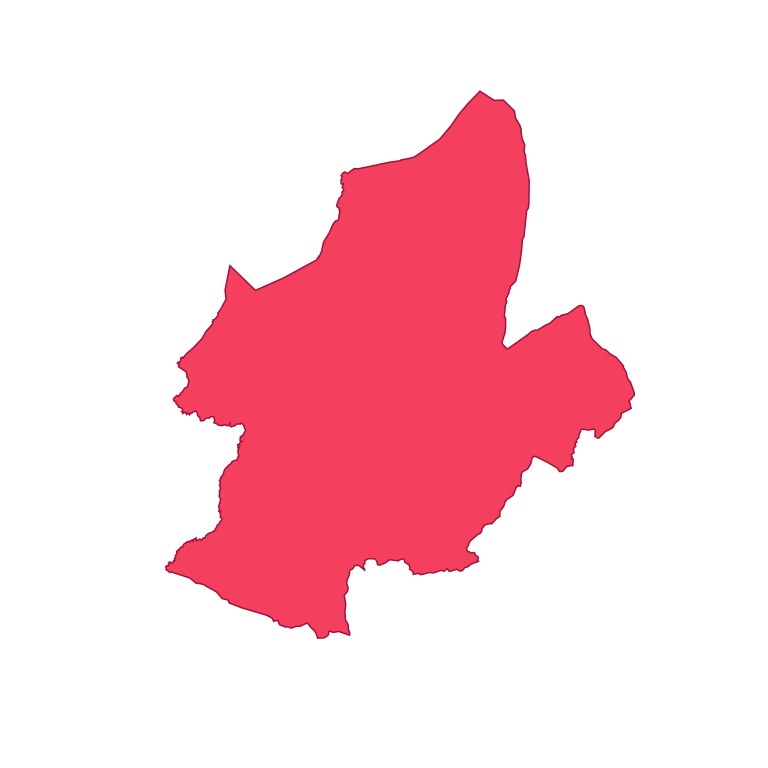 Poso, Sulawesi Tengah, Indonesia, rotated 225°
{"feature_id": "22746128B71918225941207", "entity_name": "Poso", "entity_type": "district", "adm_level": 2, "iso_a3": "IDN", "parent_name": "Indonesia", "parent_adm1": "Sulawesi Tengah", "projection": "robinson", "projection_center": [120.54, -1.674], "detail": "fine", "context": "isolated", "style": "filled", "palette": "rose", "viewbox_px": 768, "rotation_deg": 225, "n_neighbors": 0, "source": "geoboundaries", "source_scale": "gbopen_adm2", "svg_char_len": 6156}
<svg xmlns="http://www.w3.org/2000/svg" viewBox="0 0 768 768"><g transform="rotate(225 384 384)"><path d="M523.2,658.9L522.9,641.2L521.7,627.4L518.5,610.2L518.9,610.7L517.7,596.4L522.6,567.9L523.9,564.2L530.5,554.2L530.2,553.6L537.0,544.6L554.5,517.8L557.4,515.3L558.3,510.0L558.0,508.3L559.6,506.8L561.7,506.2L562.2,504.0L561.6,500.9L559.9,500.8L558.4,497.4L556.8,496.5L556.1,495.4L555.0,495.6L554.4,496.8L552.4,493.3L551.4,493.5L549.5,492.6L549.4,489.8L547.9,488.9L547.0,487.0L546.9,483.1L543.8,476.9L542.4,476.1L539.7,476.8L539.4,475.9L536.2,473.8L535.4,471.8L532.8,468.9L532.3,467.6L533.5,465.0L533.0,460.7L529.5,452.0L527.2,441.8L522.0,433.7L519.7,427.9L520.3,428.1L519.5,423.6L530.1,387.8L541.1,359.3L576.6,358.7L562.8,338.0L555.7,332.4L552.4,321.5L551.6,316.6L549.9,315.4L549.3,310.2L550.2,308.2L549.4,307.8L549.3,306.4L548.2,306.4L547.6,305.1L547.0,295.2L544.8,287.8L544.4,273.7L545.1,266.6L544.5,260.2L545.6,260.4L546.1,258.4L544.0,256.5L544.0,254.9L544.5,254.6L544.0,253.4L545.0,253.5L544.8,252.5L542.4,252.8L541.5,250.9L533.1,252.6L530.7,251.9L528.2,249.5L526.1,249.4L523.4,247.3L520.9,242.7L521.9,240.8L521.8,239.0L521.1,236.3L521.3,233.2L520.6,231.9L521.1,230.6L520.6,230.2L521.2,230.2L521.4,229.4L522.4,229.3L522.4,224.7L520.9,223.5L518.7,224.1L516.7,223.0L515.1,223.4L513.0,222.3L511.0,223.6L508.7,223.7L507.6,223.2L507.6,221.3L506.6,221.7L505.4,220.9L504.6,223.5L502.0,222.9L502.4,224.6L499.7,224.6L500.0,226.5L499.2,227.8L499.3,229.5L497.6,231.8L496.2,231.7L493.3,229.8L490.4,230.0L487.8,228.2L486.1,229.9L485.5,231.4L485.9,233.2L484.7,235.3L483.5,236.1L483.5,238.1L481.4,240.5L477.8,238.4L476.9,236.3L474.5,237.5L472.3,237.7L469.2,239.8L467.9,242.5L464.9,243.9L465.2,247.5L463.0,245.3L461.7,245.8L460.0,249.0L459.6,251.9L457.3,254.0L457.4,255.3L456.9,255.6L453.4,255.5L451.7,254.2L448.8,253.3L448.7,251.2L447.6,248.4L448.0,245.3L447.4,245.1L447.8,244.4L445.3,241.8L444.9,241.8L444.4,242.7L444.1,242.8L444.5,242.2L443.9,240.4L444.5,237.5L442.8,236.6L442.7,237.4L442.6,237.6L442.4,236.1L441.4,236.4L441.8,235.5L441.0,235.4L440.3,233.6L435.8,230.3L436.0,229.9L434.6,227.4L434.2,226.0L435.3,224.8L436.6,221.6L435.9,220.2L436.4,216.8L436.2,210.8L433.7,206.0L433.4,202.8L432.9,202.7L433.3,202.2L432.1,201.2L432.2,199.4L430.4,198.9L429.5,197.3L428.3,196.6L428.3,195.5L425.9,195.3L425.2,192.7L420.7,187.7L418.1,187.2L414.1,180.2L412.9,180.1L411.0,177.7L410.0,178.3L410.3,177.4L409.4,177.7L409.6,177.3L407.8,176.6L405.7,174.1L403.5,174.2L402.5,173.2L402.6,170.3L401.6,168.5L402.1,166.1L401.1,164.6L400.9,162.2L399.7,161.5L400.0,159.9L400.7,159.4L399.5,160.1L400.7,159.4L400.4,158.1L402.3,154.7L402.8,151.0L401.8,148.9L402.9,147.4L402.5,144.4L404.5,144.2L405.2,142.1L406.4,141.1L408.1,142.2L408.1,141.0L407.7,141.3L407.2,141.2L406.8,140.7L408.2,141.0L408.9,138.7L408.0,137.8L409.4,138.0L410.2,135.4L409.7,135.2L411.5,133.8L412.3,128.9L411.3,126.7L412.3,125.1L411.9,123.9L412.3,122.7L411.4,121.4L412.2,120.9L412.2,119.0L410.3,117.2L410.2,115.3L408.8,113.7L408.7,112.3L407.1,111.5L407.8,110.5L407.0,109.9L407.5,108.5L407.2,107.0L408.0,106.6L409.1,107.0L409.9,106.4L409.6,104.7L407.8,103.6L409.2,101.5L409.1,100.4L407.3,99.6L406.9,98.7L402.3,99.3L401.1,100.9L384.1,109.5L376.0,110.3L371.9,113.5L367.6,115.6L367.0,115.2L355.4,118.6L346.7,117.8L341.4,121.0L338.6,119.7L325.8,125.4L303.3,137.6L297.7,139.3L294.1,138.2L292.1,141.8L287.5,139.9L281.3,142.8L280.7,144.2L277.1,145.7L274.5,150.7L272.1,153.3L269.4,160.3L268.4,160.8L263.8,160.1L258.5,160.4L253.7,158.8L251.3,157.3L247.0,161.9L246.2,164.5L245.9,166.9L248.1,170.7L244.3,172.4L241.0,177.0L230.7,182.0L232.5,184.0L235.3,185.2L239.4,188.6L244.0,189.7L250.5,195.1L255.0,200.9L262.6,206.4L263.2,211.1L264.1,213.3L266.1,215.1L268.9,216.3L271.1,218.6L273.8,224.9L276.0,227.5L276.3,228.9L275.5,230.7L276.2,235.0L273.6,238.0L266.1,238.7L266.6,239.3L268.7,239.6L270.3,241.2L270.7,243.6L272.3,245.0L272.5,246.0L271.6,249.3L266.9,253.9L263.9,253.8L261.0,251.8L259.3,252.4L256.7,257.9L255.7,263.8L248.9,269.0L248.4,271.2L246.7,274.1L245.6,274.2L243.3,272.7L238.4,273.8L236.4,272.8L235.0,271.2L231.1,271.8L228.6,270.1L225.8,274.4L223.6,274.9L222.2,276.4L219.0,282.4L215.2,285.7L212.0,292.6L209.0,294.2L208.7,298.3L206.1,297.5L204.9,298.2L201.5,304.4L198.3,305.3L197.2,306.4L196.6,308.4L197.1,311.3L195.4,314.2L195.2,318.0L191.9,325.0L191.9,325.5L193.0,324.9L193.6,326.7L195.2,328.3L198.5,327.7L200.5,328.7L201.6,328.1L202.8,326.1L205.3,325.6L206.2,324.7L207.5,324.9L209.6,326.5L210.3,329.7L211.7,332.2L212.0,334.1L211.4,343.3L210.4,346.4L210.7,348.8L212.4,351.0L213.0,355.8L210.3,360.3L208.9,361.4L209.3,367.6L208.5,372.4L212.0,375.9L212.7,381.7L214.8,385.9L215.5,388.7L214.0,396.5L217.4,404.4L217.1,406.3L217.6,406.6L215.3,408.1L217.2,411.3L219.4,412.8L223.6,418.2L224.0,419.8L222.4,425.7L223.8,431.4L226.8,436.1L227.1,438.1L226.8,439.0L224.6,440.3L213.4,444.1L202.0,447.1L198.0,446.2L196.5,447.7L195.8,449.3L196.5,455.5L195.8,455.6L194.3,458.4L192.7,459.7L197.1,464.8L198.9,463.7L199.6,465.7L201.7,466.4L201.0,469.9L203.0,470.9L204.6,473.2L204.3,475.5L207.1,477.3L207.2,478.5L206.4,478.9L208.4,480.3L208.4,483.8L209.4,484.5L212.4,491.3L211.8,492.4L206.7,496.1L203.4,501.1L201.7,500.4L197.8,496.1L194.9,496.7L193.8,497.9L193.9,506.6L191.7,513.4L191.4,515.8L193.1,519.7L192.5,524.0L192.9,527.9L195.4,531.0L192.0,541.5L197.1,544.7L198.5,544.7L199.2,553.3L201.1,554.9L211.1,559.6L215.6,560.1L221.1,563.6L225.8,564.8L227.7,566.1L238.6,567.0L245.0,565.2L251.5,564.9L254.1,563.3L268.5,563.0L273.8,565.2L277.9,569.0L286.6,574.2L289.3,574.9L297.2,579.8L299.4,579.6L301.5,577.3L303.6,563.9L307.0,558.3L307.5,555.2L309.2,554.2L309.6,544.5L311.5,539.4L313.7,530.0L315.2,529.1L316.9,525.2L317.1,521.0L321.2,497.0L322.1,495.8L327.7,495.9L330.0,496.8L334.5,505.5L338.4,510.4L344.7,516.6L346.8,517.0L353.7,525.3L355.4,529.1L357.6,530.0L360.5,537.5L361.7,538.5L362.2,540.7L363.6,542.3L363.6,549.8L372.0,563.6L381.8,576.5L388.5,584.2L388.9,586.4L390.1,588.2L405.6,607.3L406.5,610.6L409.2,614.1L425.2,630.5L439.3,640.3L445.8,645.8L449.4,647.4L453.3,652.4L459.5,655.1L464.1,658.1L467.6,661.4L471.3,663.1L478.7,664.9L485.1,669.3L500.4,669.1L506.7,662.4L523.2,658.9Z" fill="#f43f5e" stroke="#9f1239" stroke-width="1.5"/></g></svg>